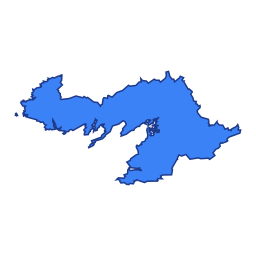 Donegal Lea-6, Donegal, Ireland (Mercator projection)
{"feature_id": "5873133B96049761393494", "entity_name": "Donegal Lea-6", "entity_type": "district", "adm_level": 2, "iso_a3": "IRL", "parent_name": "Ireland", "parent_adm1": "Donegal", "projection": "mercator", "projection_center": [-8.322, 54.625], "detail": "fine", "context": "isolated", "style": "filled", "palette": "blue", "viewbox_px": 256, "rotation_deg": 0, "n_neighbors": 0, "source": "geoboundaries", "source_scale": "gbopen_adm2", "svg_char_len": 5818}
<svg xmlns="http://www.w3.org/2000/svg" viewBox="0 0 256 256"><path d="M144.6,182.5L147.4,181.2L157.4,181.1L158.0,180.7L157.3,179.8L157.7,178.7L162.1,178.7L160.8,177.6L161.2,176.8L160.6,176.0L162.5,175.0L171.6,174.8L172.5,169.6L171.8,168.4L176.7,159.8L177.5,159.4L177.3,158.4L178.9,155.0L181.7,156.0L185.9,154.5L190.0,159.2L198.3,157.9L200.8,158.7L208.4,158.2L209.6,159.4L214.9,155.5L213.0,152.8L216.0,149.1L218.5,148.1L220.2,146.2L219.7,144.5L220.9,142.7L222.1,143.3L227.1,141.4L227.7,140.8L226.9,139.9L227.4,138.5L229.2,137.0L239.9,133.1L240.6,130.0L238.1,129.9L238.7,127.2L237.7,124.6L236.1,126.7L231.9,128.8L231.1,130.4L230.8,129.6L228.6,130.2L227.9,128.0L225.0,129.2L222.8,125.2L219.3,125.1L217.0,122.5L217.0,121.6L214.0,125.3L211.9,124.9L209.5,126.1L208.8,125.7L209.6,124.4L208.3,123.3L208.9,122.0L208.4,119.3L201.1,117.2L197.7,113.0L197.1,110.6L200.1,107.5L200.0,105.5L198.4,106.1L197.3,104.3L195.7,103.8L196.3,101.5L193.7,101.0L192.8,97.6L190.7,94.2L192.2,92.1L191.9,91.3L189.1,88.9L188.2,89.3L183.8,81.7L184.2,81.0L182.7,81.0L182.0,80.0L183.6,77.7L180.3,76.3L179.3,78.0L174.6,81.8L173.7,79.1L172.2,79.3L169.8,76.3L168.5,71.4L166.0,72.1L166.3,76.1L165.3,78.3L160.4,82.2L159.1,80.2L156.2,80.3L154.2,79.2L148.2,83.2L146.5,81.1L142.4,80.5L140.8,78.6L141.1,82.0L139.2,82.0L136.0,85.4L130.0,86.2L128.5,85.3L122.7,90.4L116.7,92.6L112.1,97.2L108.4,95.4L107.8,95.7L107.5,98.3L104.0,97.6L103.1,98.9L102.3,104.4L100.9,104.9L100.4,106.2L97.6,102.5L93.6,102.0L87.7,97.4L86.5,98.0L84.1,96.5L82.9,97.7L76.0,96.0L69.3,98.5L61.0,99.5L60.4,98.6L61.1,97.1L60.3,95.9L60.3,93.6L58.6,92.2L58.7,90.7L57.3,89.6L62.4,84.9L60.3,82.3L61.6,80.4L61.9,75.5L61.1,76.1L59.6,76.3L58.1,76.1L54.4,78.0L52.6,77.4L50.4,78.7L48.1,78.3L48.6,79.3L47.5,79.8L47.9,80.7L46.2,81.8L43.4,81.1L43.8,82.6L42.3,82.8L40.7,84.7L41.0,85.1L40.4,85.8L41.3,86.3L40.8,87.2L36.7,87.9L34.2,89.8L32.7,89.2L32.7,90.0L33.8,90.4L33.7,91.5L31.9,92.9L32.2,93.7L31.8,94.6L33.0,95.2L31.5,96.6L32.2,96.7L32.4,98.3L34.1,98.2L34.3,97.5L34.9,97.5L34.4,97.9L35.6,98.5L33.8,98.3L33.6,99.5L32.7,99.9L29.5,99.2L29.7,100.1L27.2,100.6L25.9,101.9L25.2,101.2L24.1,101.6L24.0,100.5L23.2,100.2L22.4,101.7L21.4,101.4L20.8,102.8L22.8,106.0L25.5,106.2L24.4,107.8L25.1,109.5L25.1,111.2L23.9,110.9L24.1,111.9L23.0,113.1L23.6,116.1L24.5,115.7L24.8,114.2L25.8,116.2L26.1,114.7L27.5,114.6L27.2,117.0L28.0,117.4L36.9,119.8L36.7,120.8L39.6,121.4L40.4,122.4L43.1,122.0L44.4,124.4L46.2,125.0L44.4,127.1L45.9,128.8L45.3,129.6L45.6,130.0L47.6,129.2L49.1,129.8L49.9,128.9L51.8,129.8L55.8,129.1L53.8,126.3L53.6,122.9L52.7,121.6L52.9,119.6L55.4,124.1L54.7,124.4L54.5,126.0L55.2,126.9L55.9,126.2L56.7,128.6L59.0,128.7L60.9,127.4L60.5,128.8L58.0,129.6L59.4,130.6L64.6,130.9L63.9,132.9L62.9,133.4L63.9,134.3L65.7,133.2L66.0,131.7L68.4,131.6L69.9,129.8L71.5,129.5L72.9,130.5L83.4,124.6L85.6,125.2L85.6,124.3L85.2,124.4L84.7,124.3L84.5,124.2L85.7,123.9L86.0,124.8L85.1,126.9L86.3,127.6L84.0,129.5L84.0,130.7L85.4,131.5L84.3,133.5L84.4,134.9L88.2,134.6L89.6,131.6L90.3,131.5L90.4,130.2L92.7,128.5L93.3,126.5L92.4,126.7L92.8,125.5L92.0,125.3L92.2,124.6L93.9,123.6L95.4,119.2L96.2,120.4L97.2,119.6L95.0,124.9L94.7,126.5L95.2,127.7L93.6,129.0L94.3,129.6L93.5,131.0L93.5,131.7L95.0,129.6L95.5,130.7L97.2,130.2L97.3,128.4L99.1,127.3L99.6,125.8L101.6,124.5L101.6,125.8L102.3,126.1L103.0,125.3L102.7,124.4L104.0,124.1L103.0,127.0L105.1,128.4L105.3,129.4L104.7,130.3L105.3,130.5L104.7,131.5L105.7,131.9L101.2,135.8L101.9,135.4L101.3,137.1L91.5,140.8L92.5,142.8L90.2,144.6L89.7,146.6L88.6,147.0L88.8,147.7L93.3,145.5L94.1,144.2L93.2,144.1L93.1,143.0L95.2,142.4L95.1,141.1L102.4,138.8L105.3,136.0L105.3,135.1L110.1,131.7L112.5,126.0L118.9,124.0L123.2,120.6L125.2,122.0L126.3,124.5L122.6,128.8L123.0,130.1L120.6,133.4L121.5,134.5L121.1,136.1L126.3,134.2L131.3,130.5L133.8,130.3L134.6,128.5L137.6,126.5L139.6,126.4L139.8,125.4L143.0,122.8L146.1,124.2L145.8,123.1L145.0,123.3L144.3,122.9L145.7,122.3L145.7,121.4L147.6,119.7L148.7,119.8L148.9,120.7L151.0,119.7L149.3,121.7L147.0,122.3L148.5,123.7L148.0,124.7L148.0,126.8L148.2,124.8L149.9,124.7L153.6,121.7L153.3,119.4L155.3,118.8L154.7,120.2L157.6,118.6L158.0,117.6L158.4,117.7L155.5,121.6L156.9,121.8L155.9,122.6L155.4,124.4L154.2,124.8L151.6,126.2L155.5,124.8L154.7,125.9L158.8,125.4L155.5,126.6L154.8,127.5L156.5,127.2L156.7,127.6L154.0,128.6L154.5,129.7L156.7,128.4L157.1,129.9L159.1,129.9L159.3,131.0L157.7,131.6L157.9,131.9L158.6,131.8L158.9,132.1L156.5,132.9L157.6,132.3L157.4,131.2L156.0,130.8L154.9,132.2L155.3,130.4L154.1,130.1L153.3,131.8L154.7,132.2L153.6,133.0L153.9,134.2L153.4,135.4L150.6,135.8L150.1,135.2L151.8,133.5L149.3,131.7L150.8,130.3L150.7,129.5L149.5,130.6L149.1,130.4L149.2,130.0L149.8,129.7L148.9,129.1L150.6,129.4L150.6,128.6L149.6,128.4L149.7,127.5L147.3,128.2L146.8,130.2L147.8,134.8L147.3,138.2L146.1,138.6L144.9,141.2L141.9,142.1L141.1,143.7L141.8,144.2L141.4,144.8L140.6,144.4L138.5,146.2L137.0,145.2L136.3,146.2L136.4,147.5L137.9,150.4L138.5,154.0L135.9,155.0L130.6,158.8L130.2,160.4L126.8,162.1L131.2,167.7L138.1,168.5L139.1,167.8L139.7,168.1L139.1,168.8L139.4,169.7L140.1,169.5L141.3,170.1L141.2,170.5L136.2,169.6L130.3,170.6L129.0,169.2L130.3,167.5L129.3,167.4L127.8,170.0L127.5,173.7L124.1,174.8L124.8,175.7L124.0,175.5L125.1,176.3L124.2,178.2L118.4,177.8L116.5,179.7L118.2,179.4L119.9,180.4L119.9,181.5L121.0,183.0L124.2,182.6L126.6,184.3L128.7,184.6L129.9,183.5L133.4,183.8L134.3,181.8L134.2,180.7L135.8,180.9L136.4,179.8L144.6,182.5ZM16.4,113.3L15.7,113.5L15.9,115.2L15.5,114.8L15.4,115.3L17.5,115.4L16.4,113.3ZM153.1,128.6L152.3,127.7L151.2,128.7L151.5,129.0L153.1,128.6ZM151.8,123.8L152.7,123.6L153.8,122.8L151.8,123.8ZM153.1,130.4L152.4,130.1L151.9,130.4L152.1,131.0L153.1,130.4ZM60.4,75.4L60.9,76.0L61.2,75.4L61.2,75.1L60.4,75.4ZM40.3,84.0L39.4,83.9L40.4,84.2L40.3,84.0Z" fill="#3b82f6" stroke="#1e3a8a" stroke-width="1.5"/></svg>